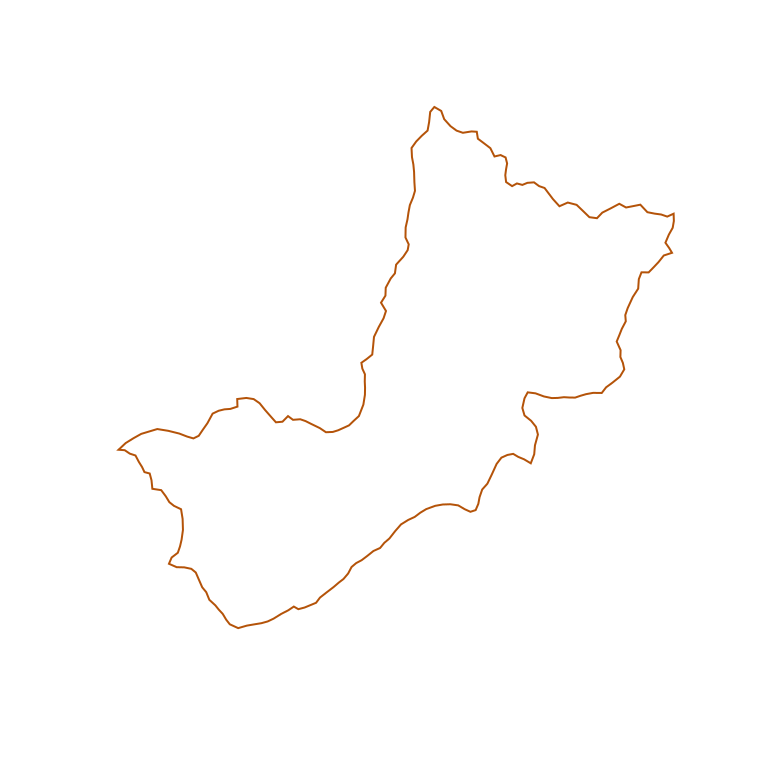 Barão de Cocais, Minas Gerais, Brazil (Robinson projection), rotated 19°
{"feature_id": "56859067B12176821101651", "entity_name": "Barão de Cocais", "entity_type": "district", "adm_level": 2, "iso_a3": "BRA", "parent_name": "Brazil", "parent_adm1": "Minas Gerais", "projection": "robinson", "projection_center": [-43.5, -19.896], "detail": "fine", "context": "isolated", "style": "outline", "palette": "amber", "viewbox_px": 768, "rotation_deg": 19, "n_neighbors": 0, "source": "geoboundaries", "source_scale": "gbopen_adm2", "svg_char_len": 3249}
<svg xmlns="http://www.w3.org/2000/svg" viewBox="0 0 768 768"><g transform="rotate(19 384 384)"><path d="M602.4,128.7L597.3,133.5L590.9,133.5L584.4,134.8L577.1,135.8L568.0,131.0L561.5,134.8L555.4,138.3L547.8,137.0L541.1,144.2L534.6,150.9L531.4,157.9L523.9,159.4L515.6,155.5L507.8,151.9L498.7,152.6L492.0,158.8L483.6,154.2L477.5,150.1L472.0,146.4L466.2,146.4L460.2,144.5L454.1,147.1L450.0,150.7L444.4,151.1L440.7,155.2L433.7,153.3L430.7,147.1L429.5,141.2L428.6,135.4L425.2,130.2L419.6,129.6L414.4,132.9L407.8,126.4L399.1,123.5L392.9,121.5L389.6,115.3L384.5,116.7L376.8,120.8L370.1,120.8L363.0,118.6L354.7,114.0L349.2,107.2L341.4,105.7L339.1,111.7L341.4,121.7L342.7,130.2L338.9,137.0L335.5,144.2L333.2,151.9L336.6,160.4L340.3,166.9L343.4,173.7L347.0,183.2L350.4,191.3L350.7,198.3L350.2,206.4L351.3,213.9L352.6,220.7L353.5,228.9L356.6,238.5L361.9,243.9L362.8,249.7L360.8,257.4L356.6,267.2L358.3,275.8L356.0,282.0L354.3,292.4L356.6,300.0L354.7,308.1L362.1,314.3L362.2,322.0L360.5,331.7L359.2,342.7L361.4,351.8L363.3,360.0L359.6,365.9L355.7,371.3L358.5,376.5L362.8,381.0L365.0,387.9L367.3,393.7L369.5,400.5L371.2,410.2L370.7,422.5L367.3,428.8L364.4,434.5L360.3,438.4L355.7,442.7L351.2,446.0L344.8,448.5L337.7,446.6L327.8,445.4L321.9,444.6L316.3,444.6L309.6,447.5L303.7,445.6L300.3,452.7L294.3,455.4L288.4,452.1L280.0,447.3L272.7,442.7L265.7,440.7L258.4,442.0L250.1,446.0L252.8,453.1L246.8,457.6L241.4,459.9L236.4,463.1L231.6,467.8L229.8,478.6L227.6,486.2L225.7,493.3L221.5,497.5L215.0,497.8L206.6,497.5L195.3,498.5L184.3,500.4L177.5,505.3L170.7,510.2L164.9,516.7L159.0,523.9L154.4,532.6L160.4,531.0L166.3,532.6L172.3,532.5L177.5,537.4L182.3,541.3L186.2,545.3L191.6,544.9L195.5,550.7L199.1,558.5L207.9,556.9L214.2,561.2L219.5,565.6L225.1,567.6L232.9,568.5L237.5,577.1L241.4,587.4L243.3,597.1L244.0,603.9L244.0,610.7L239.7,617.2L239.2,624.0L247.6,624.7L254.8,622.4L262.0,621.5L267.4,623.5L272.6,629.2L278.3,635.4L283.7,638.7L289.1,644.9L296.6,648.2L301.2,651.1L306.4,653.9L311.5,658.2L316.4,661.4L325.6,662.3L333.0,657.1L339.4,653.6L345.9,650.1L351.3,646.4L356.0,641.8L361.7,634.8L367.1,629.2L371.2,623.8L376.3,624.8L381.7,621.2L386.9,616.6L391.0,613.0L393.0,606.8L397.4,600.0L402.5,592.3L405.9,586.5L409.2,581.5L411.8,574.8L412.9,567.6L416.0,562.4L420.2,557.9L424.1,552.1L428.4,545.3L433.7,540.3L436.0,534.1L439.4,528.3L442.4,519.6L445.8,511.2L451.1,504.7L456.3,499.7L460.2,493.9L464.7,488.5L472.1,482.5L478.8,478.8L485.9,476.1L493.7,474.6L501.0,476.1L507.3,476.7L511.7,473.4L512.2,466.6L511.2,459.9L511.2,451.8L514.2,444.6L515.4,434.3L516.5,422.9L519.0,415.4L523.8,410.9L528.9,408.0L534.6,409.2L541.0,409.6L548.6,411.2L548.9,401.5L546.7,392.8L546.0,381.7L541.6,375.0L535.1,370.9L527.1,368.0L522.6,361.6L521.5,351.8L522.6,345.1L530.3,343.5L539.3,343.7L547.2,342.7L552.8,340.6L558.4,337.9L564.1,336.3L569.2,334.6L573.7,331.1L578.4,327.8L584.6,324.3L592.8,321.6L595.1,314.8L599.6,308.3L604.7,300.2L606.4,291.9L603.0,286.3L598.7,281.5L596.7,275.0L590.2,268.1L590.6,261.3L590.9,254.5L592.2,246.0L589.7,240.3L589.7,232.9L590.9,220.8L593.3,211.1L590.8,201.9L591.1,194.6L597.9,192.3L601.2,185.3L603.9,179.3L606.7,171.4L613.6,166.2L609.5,162.7L604.1,158.8L604.7,150.1L606.1,142.3L605.0,135.5L602.4,128.7Z" fill="none" stroke="#b45309" stroke-width="2"/></g></svg>